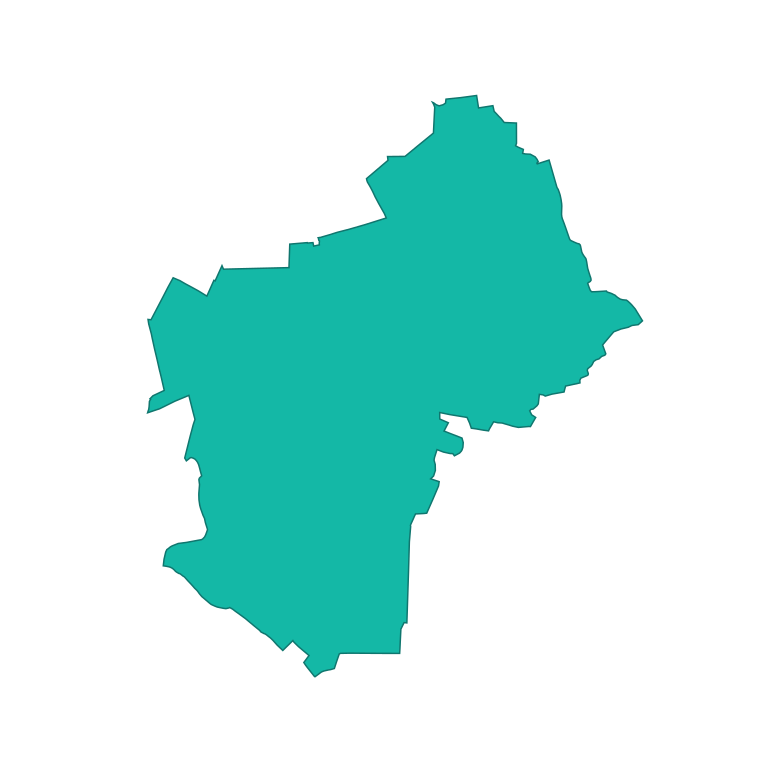 Tarcea, Bihor, Romania (orthographic projection), rotated 10°
{"feature_id": "2599482B43018225776190", "entity_name": "Tarcea", "entity_type": "district", "adm_level": 2, "iso_a3": "ROU", "parent_name": "Romania", "parent_adm1": "Bihor", "projection": "orthographic", "projection_center": [22.196, 47.457], "detail": "fine", "context": "isolated", "style": "filled", "palette": "teal", "viewbox_px": 768, "rotation_deg": 10, "n_neighbors": 0, "source": "geoboundaries", "source_scale": "gbopen_adm2", "svg_char_len": 5049}
<svg xmlns="http://www.w3.org/2000/svg" viewBox="0 0 768 768"><g transform="rotate(10 384 384)"><path d="M446.2,646.6L445.6,641.5L444.7,634.5L443.2,622.5L445.2,615.5L448.0,615.3L440.6,563.7L438.5,549.4L436.4,535.1L435.0,519.7L434.6,518.8L434.7,517.8L436.3,511.6L437.0,508.7L437.2,508.0L437.6,506.5L445.8,504.6L448.5,503.8L452.3,488.4L455.4,475.0L455.3,470.6L446.4,469.3L448.8,466.0L449.6,460.2L448.4,454.3L446.5,450.3L446.5,447.7L447.6,439.4L454.3,440.7L461.2,441.0L463.8,440.6L465.8,442.5L470.4,438.9L471.8,436.7L472.3,435.4L472.7,432.5L472.2,427.9L470.2,423.7L457.1,421.1L451.3,419.9L454.1,411.0L445.0,408.8L443.8,402.4L454.0,402.7L471.6,402.5L475.1,407.7L477.7,412.4L479.1,412.3L482.5,412.2L489.9,412.2L495.1,412.0L495.6,410.0L498.5,402.2L502.7,402.4L507.2,401.9L509.4,402.2L514.2,402.7L517.8,403.2L523.9,403.4L534.0,400.7L535.6,400.5L539.2,390.6L534.8,388.7L532.1,385.1L533.2,383.4L535.2,382.8L538.4,378.9L539.4,376.8L538.8,367.2L542.7,367.1L544.9,367.9L551.2,364.8L562.7,360.6L562.9,357.5L563.2,354.5L576.8,348.9L576.2,346.3L576.9,344.0L582.5,340.5L583.4,339.6L583.4,338.2L581.8,335.4L582.0,333.5L584.9,330.3L585.7,328.6L586.6,325.4L588.7,323.3L591.4,321.9L593.6,319.0L596.5,317.3L597.2,315.8L592.5,307.6L594.8,303.6L598.0,298.1L601.2,292.7L607.8,288.7L614.7,285.7L618.0,283.3L624.1,281.4L627.6,276.9L620.4,268.8L618.5,266.6L614.3,263.1L612.5,261.8L610.6,260.6L610.0,260.2L609.0,259.7L608.2,259.3L605.9,259.5L604.4,259.6L602.0,259.4L599.0,258.2L596.5,256.7L596.1,256.4L594.8,256.1L592.6,255.4L590.9,255.1L588.7,254.8L587.9,254.7L587.4,254.3L586.9,253.8L583.2,254.7L577.8,256.0L575.2,256.6L572.5,257.1L571.0,256.1L569.3,253.4L567.1,249.5L567.7,248.6L569.3,247.2L569.9,245.8L569.4,244.1L568.8,242.9L568.1,241.7L566.0,237.7L564.5,234.7L562.4,228.6L561.6,226.6L561.0,225.4L558.9,223.4L557.3,221.7L555.9,219.8L554.7,216.8L553.6,214.0L553.0,212.9L551.8,212.1L549.9,212.0L546.9,211.3L543.2,210.3L541.9,209.5L540.6,207.3L536.0,199.0L533.5,194.6L531.0,190.4L530.1,188.5L529.4,186.1L528.9,182.8L528.2,177.9L527.6,175.4L526.3,171.5L524.7,167.5L523.4,165.0L521.8,162.2L520.2,160.4L507.7,134.8L496.7,140.6L496.3,140.2L496.5,139.1L497.3,138.3L495.8,136.3L493.5,134.1L488.2,132.3L483.4,132.9L480.5,132.8L480.5,128.8L475.0,127.5L472.2,126.5L472.7,124.0L470.9,114.0L469.1,104.0L457.0,105.6L452.6,101.8L450.9,100.7L446.3,97.2L445.2,96.5L442.9,91.0L429.2,95.7L427.8,91.7L425.1,83.8L409.7,88.7L399.1,91.7L395.6,92.7L395.6,92.8L395.8,96.7L393.7,98.7L390.0,100.5L386.9,99.9L385.5,99.2L384.1,98.5L382.9,98.2L383.9,99.4L384.4,100.1L385.9,102.6L387.5,115.5L389.1,128.3L376.0,143.5L365.2,156.2L348.0,159.4L349.1,163.1L348.9,163.3L331.1,184.8L331.8,186.5L332.6,188.0L336.0,192.0L338.5,195.2L339.9,197.1L342.9,201.4L345.2,204.3L347.6,207.4L354.6,215.9L357.4,220.1L347.8,225.1L337.8,230.3L321.7,238.2L320.3,238.8L315.7,240.9L311.7,242.7L303.6,246.9L297.7,249.8L295.7,250.8L295.0,250.9L294.6,251.1L293.8,251.4L293.9,251.5L294.9,253.9L295.6,254.3L295.8,256.7L296.2,258.2L290.8,260.4L289.5,257.1L284.1,258.5L283.9,258.1L266.9,262.6L267.0,263.3L270.2,285.9L206.0,298.8L203.9,295.6L199.8,311.8L198.5,311.4L194.3,328.2L185.5,324.7L178.5,322.3L177.6,322.0L175.5,321.3L170.9,319.8L164.9,317.6L163.0,317.2L157.9,316.0L154.5,326.0L151.4,336.0L148.2,346.1L143.4,361.2L140.4,361.4L141.9,365.8L146.2,375.1L147.8,379.2L152.0,389.4L156.5,399.8L159.8,407.7L161.0,410.5L161.6,411.7L161.7,412.0L163.7,416.6L168.2,427.3L168.7,428.5L158.5,435.7L156.1,439.2L156.8,439.6L156.4,440.7L156.0,441.8L156.1,442.7L156.6,447.0L156.7,449.8L156.4,451.6L156.2,453.4L164.8,448.7L167.1,447.5L171.5,444.3L181.0,437.3L193.8,429.1L201.1,445.4L204.0,451.7L203.3,456.4L203.1,458.1L202.7,463.3L202.6,464.4L202.5,465.2L202.1,470.2L200.6,491.5L202.7,494.0L204.6,491.9L205.8,490.5L206.8,489.9L208.6,490.1L210.7,490.7L212.5,492.0L214.0,493.5L215.5,495.7L216.9,498.6L218.9,503.0L220.4,506.1L218.5,508.8L218.3,510.3L219.8,515.1L220.6,523.4L220.9,525.4L221.9,530.2L223.6,535.4L225.0,538.4L228.5,544.6L230.6,547.6L232.2,551.6L235.1,557.2L235.5,558.2L234.6,563.4L233.9,565.8L232.2,568.3L231.0,569.1L227.7,570.3L217.0,574.3L209.0,576.8L203.5,580.2L201.8,581.6L200.2,583.5L198.9,584.8L198.2,587.4L197.8,594.7L198.0,598.0L198.2,601.4L201.3,601.3L204.2,601.4L205.5,601.6L207.7,602.3L209.7,603.5L211.2,604.7L212.7,605.4L214.9,606.2L216.2,606.3L219.5,608.1L220.9,608.6L225.2,612.0L228.6,614.5L231.3,616.6L233.0,618.0L235.4,619.6L236.6,620.6L238.5,622.5L241.5,625.0L250.2,630.1L252.1,631.1L256.0,632.1L258.5,632.6L260.8,632.7L264.6,632.8L267.3,632.7L269.2,631.9L270.5,631.3L270.9,630.9L274.2,632.1L276.6,633.4L287.9,638.9L298.5,645.0L304.6,648.4L305.4,649.3L306.5,649.8L307.7,650.1L308.6,650.5L310.4,650.8L311.8,651.4L313.2,652.2L314.3,652.8L316.1,653.7L319.1,655.7L324.0,659.6L330.6,664.0L338.8,652.5L339.1,652.9L340.3,654.0L345.4,657.5L357.3,664.4L353.4,672.2L355.7,674.6L357.5,676.3L366.4,684.2L367.0,684.2L371.8,679.1L372.5,678.4L374.6,677.1L378.1,675.6L378.8,675.3L381.1,674.5L384.5,672.8L385.6,665.0L386.8,657.6L388.0,656.8L397.1,655.0L427.1,649.9L446.2,646.6Z" fill="#14b8a6" stroke="#0f766e" stroke-width="1.5"/></g></svg>